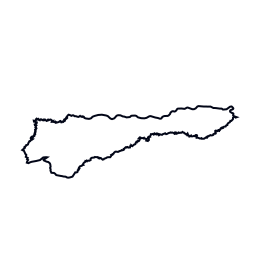 Aruanã, Goiás, Brazil (Natural Earth projection), rotated 75°
{"feature_id": "56859067B62822516330396", "entity_name": "Aruanã", "entity_type": "district", "adm_level": 2, "iso_a3": "BRA", "parent_name": "Brazil", "parent_adm1": "Goiás", "projection": "natural_earth1", "projection_center": [-50.939, -14.716], "detail": "fine", "context": "isolated", "style": "outline", "palette": "ink", "viewbox_px": 256, "rotation_deg": 75, "n_neighbors": 0, "source": "geoboundaries", "source_scale": "gbopen_adm2", "svg_char_len": 5970}
<svg xmlns="http://www.w3.org/2000/svg" viewBox="0 0 256 256"><g transform="rotate(75 128 128)"><path d="M109.1,163.3L107.9,166.2L107.0,167.5L105.7,167.8L105.1,168.6L105.5,169.1L105.3,169.7L104.8,169.9L104.5,170.9L103.9,171.2L104.5,172.8L104.0,174.0L103.2,175.1L102.8,176.5L101.6,177.5L101.4,178.3L101.6,179.6L100.9,180.2L99.8,181.8L100.2,182.8L101.6,184.6L101.9,184.1L102.5,184.1L103.1,185.1L103.1,186.8L103.3,187.4L103.8,187.3L103.9,186.6L104.9,187.4L104.7,188.3L105.3,188.9L104.8,189.5L105.4,190.5L105.2,191.1L104.1,191.2L103.7,191.5L103.8,192.3L104.3,193.1L104.3,196.1L103.5,196.0L103.1,196.4L103.7,196.9L102.8,198.4L102.3,198.3L102.6,198.8L102.3,200.1L101.2,199.4L99.8,200.5L99.7,202.9L99.2,203.1L99.5,203.7L100.0,203.4L100.1,204.8L98.5,205.9L98.9,206.3L98.8,207.2L98.1,207.1L97.9,207.6L98.3,208.6L97.5,209.5L97.1,209.7L97.0,210.3L97.7,211.1L97.0,211.6L96.9,212.3L96.0,212.4L96.2,213.6L95.7,213.5L95.3,213.8L95.8,214.7L96.7,215.0L96.9,216.6L96.6,217.1L97.5,217.2L97.9,215.8L98.5,215.8L98.8,214.7L99.4,214.7L100.0,215.6L100.1,216.2L100.5,216.5L100.5,217.2L101.2,217.2L101.3,216.5L101.7,216.0L102.0,216.6L102.9,216.6L103.4,217.1L103.7,216.7L104.6,216.5L105.5,217.4L105.2,217.6L105.5,218.2L106.3,218.3L106.8,218.1L107.1,218.5L108.5,219.3L108.3,218.6L108.9,218.9L109.5,219.7L110.1,219.4L110.4,219.9L111.1,220.3L110.7,220.7L111.2,221.3L111.6,221.2L112.3,222.2L111.5,222.7L111.5,223.3L112.2,224.3L112.7,224.2L113.0,224.6L113.7,224.3L113.7,223.6L114.1,222.9L114.4,223.6L114.6,224.9L115.4,226.0L115.2,226.6L116.6,228.0L118.0,228.9L118.3,230.1L118.2,230.7L118.7,230.9L119.3,232.1L119.4,232.8L120.0,233.1L120.5,232.8L120.8,233.2L120.8,233.8L121.6,234.5L121.5,235.1L121.9,235.8L123.1,234.4L126.7,233.8L127.4,233.2L128.4,233.5L129.4,234.2L131.0,232.6L132.0,233.6L133.0,232.8L134.3,234.1L135.3,234.7L136.2,233.2L135.8,231.5L135.7,229.9L136.1,225.2L136.2,221.3L134.5,217.5L135.0,214.6L135.4,213.6L136.9,217.8L137.5,217.7L139.4,215.4L140.3,213.7L142.0,212.6L143.1,212.5L145.4,212.8L146.4,213.6L147.8,213.4L149.1,213.9L151.4,213.6L151.8,212.6L152.2,211.2L153.5,210.1L154.9,209.5L156.7,205.8L157.5,204.0L158.1,203.0L158.9,200.8L160.1,199.6L160.6,198.2L160.7,196.8L160.6,194.2L157.2,190.4L157.5,189.7L157.6,188.9L157.3,188.1L155.9,187.5L155.9,186.8L154.9,185.8L154.7,186.4L153.4,185.5L153.1,184.8L152.6,184.3L152.5,182.3L152.1,181.9L152.1,180.7L151.5,181.0L150.6,180.2L150.0,179.3L149.8,178.4L148.8,177.7L149.5,176.5L148.9,176.2L149.3,175.7L149.2,174.8L149.6,174.0L149.3,172.4L147.9,172.0L147.4,170.8L147.6,169.1L147.8,168.6L147.4,167.5L147.8,166.7L148.2,165.0L148.7,164.3L149.5,164.4L150.0,163.5L149.5,163.2L149.9,162.6L149.9,162.1L152.0,160.7L152.0,159.6L151.5,159.0L151.4,157.2L151.0,155.9L151.0,155.1L151.6,152.7L150.8,151.7L150.2,151.3L150.0,150.6L149.6,150.9L149.4,150.0L149.1,149.4L149.2,148.8L148.2,147.8L147.6,146.4L147.9,145.2L148.5,143.9L148.4,142.9L148.1,142.5L148.1,140.6L147.7,139.8L148.1,139.1L148.0,137.8L147.5,137.4L147.1,137.4L147.2,136.9L146.5,136.2L146.0,135.2L146.4,134.7L146.1,134.3L146.2,133.3L147.0,132.9L147.3,131.1L145.8,130.3L146.1,129.5L145.5,129.3L146.6,128.5L145.5,126.1L145.6,125.5L145.3,124.9L144.2,124.3L143.7,123.7L144.1,123.1L143.7,122.8L143.3,122.8L143.3,122.2L143.0,121.8L143.5,121.3L143.2,120.5L141.8,119.4L141.0,119.5L140.8,120.1L140.1,119.1L140.4,118.4L141.3,117.8L141.5,116.5L141.8,116.0L141.6,115.2L142.3,115.2L142.3,114.5L142.9,114.1L143.3,113.0L144.4,113.1L144.9,113.6L145.7,112.2L145.3,111.8L145.2,111.1L143.9,110.6L142.9,111.3L142.2,111.1L142.1,110.5L142.2,109.3L141.7,109.5L141.6,108.6L141.1,108.1L139.9,107.5L140.2,106.2L140.1,105.2L141.0,104.9L140.9,103.9L140.3,103.5L141.4,102.5L141.0,102.0L141.4,101.7L140.9,101.2L141.3,100.6L141.9,100.8L142.2,100.2L143.0,100.0L142.8,99.4L142.2,99.1L143.4,96.9L142.9,95.7L142.9,94.3L142.7,93.5L143.8,92.8L143.8,91.7L143.6,91.1L143.3,89.3L143.5,88.7L143.3,87.9L143.8,87.2L143.8,86.5L144.7,85.1L145.8,84.5L145.8,83.8L145.4,83.5L144.5,83.5L144.6,82.9L146.1,82.3L145.8,81.6L145.9,80.9L145.4,80.4L146.2,79.2L146.1,78.5L146.4,77.5L145.9,76.4L146.6,75.9L147.0,75.1L147.9,74.8L148.4,73.9L149.1,73.6L149.2,72.4L148.8,71.9L149.7,71.8L149.9,72.6L150.4,72.7L151.1,71.2L152.1,71.0L151.6,69.1L152.4,69.1L152.8,67.7L152.7,66.5L153.6,64.9L152.7,65.0L152.4,64.6L152.4,64.0L152.7,63.4L153.3,63.3L153.7,63.7L155.2,64.2L155.3,63.4L155.8,62.5L156.7,61.4L156.9,60.9L156.8,59.7L157.5,59.5L157.9,57.9L158.0,57.1L157.3,55.3L157.9,54.3L157.5,53.8L156.9,54.0L156.6,53.3L156.8,52.2L156.5,51.8L156.5,51.1L156.2,50.3L156.7,49.7L156.9,48.1L156.7,47.4L156.1,47.2L155.8,45.9L156.1,45.3L156.0,44.7L155.5,44.4L154.4,44.7L153.3,44.4L153.2,43.8L154.2,42.4L154.0,41.4L154.4,40.7L154.0,40.5L153.4,40.7L153.6,39.5L152.7,38.9L152.6,37.0L152.0,37.5L151.8,36.8L151.9,36.0L151.6,35.0L151.8,33.3L151.0,32.6L150.8,32.1L150.9,31.3L149.7,30.7L149.1,29.7L148.8,28.2L147.6,27.3L147.9,26.4L146.7,24.4L145.2,23.9L144.7,23.3L144.7,22.6L145.4,21.7L145.8,21.4L145.7,20.2L144.1,22.5L142.8,23.2L141.7,22.5L141.2,22.6L140.8,22.9L140.3,23.8L138.8,25.1L138.1,25.1L137.6,24.8L137.2,23.8L137.1,22.2L136.8,21.5L136.3,21.2L135.6,21.4L134.2,22.2L133.9,22.7L133.9,24.1L135.4,27.9L134.9,31.0L134.7,31.6L133.8,32.2L133.4,32.8L133.1,34.1L131.4,38.2L130.8,40.3L128.7,42.7L126.9,49.2L125.1,54.2L125.2,55.4L126.6,57.6L126.9,59.4L126.5,61.0L123.7,65.0L123.6,65.9L124.1,67.9L124.1,68.6L123.0,71.3L122.2,74.8L122.4,75.6L123.5,76.8L124.1,77.9L124.1,79.0L123.5,80.0L123.3,80.8L123.5,81.7L124.2,83.0L125.3,83.7L126.4,85.5L126.6,86.5L125.9,89.5L125.9,90.8L126.3,92.1L127.4,93.3L127.4,94.1L127.2,94.9L126.1,96.5L124.9,99.0L122.4,103.0L122.2,104.3L123.0,107.5L122.9,109.7L121.9,112.8L120.6,115.1L120.2,115.7L118.5,116.8L117.8,118.0L117.1,121.2L117.1,121.8L117.9,123.4L117.4,126.6L116.0,128.7L115.5,130.0L113.8,132.0L113.1,134.2L113.1,135.2L113.3,136.0L115.1,138.7L115.3,140.8L115.1,141.5L114.2,142.6L111.2,144.5L110.2,146.0L108.4,149.8L107.7,153.4L107.7,157.1L107.9,159.0L108.2,159.8L109.0,161.0L109.1,161.8L109.1,163.3Z" fill="none" stroke="#020617" stroke-width="2"/></g></svg>